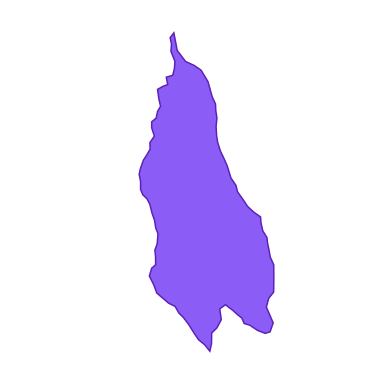 the district of Parisi, São Paulo, Brazil, rotated 346°
{"feature_id": "56859067B23293504570828", "entity_name": "Parisi", "entity_type": "district", "adm_level": 2, "iso_a3": "BRA", "parent_name": "Brazil", "parent_adm1": "São Paulo", "projection": "equal_earth", "projection_center": [-50.037, -20.26], "detail": "fine", "context": "isolated", "style": "filled", "palette": "violet", "viewbox_px": 384, "rotation_deg": 346, "n_neighbors": 0, "source": "geoboundaries", "source_scale": "gbopen_adm2", "svg_char_len": 1364}
<svg xmlns="http://www.w3.org/2000/svg" viewBox="0 0 384 384"><g transform="rotate(346 192 192)"><path d="M212.9,33.2L208.1,37.0L207.9,43.5L205.6,50.4L207.0,61.0L204.9,67.8L201.5,74.1L194.8,74.4L194.4,81.9L189.1,82.5L183.4,84.1L182.4,93.3L182.2,101.3L178.1,105.4L175.1,111.6L169.9,114.1L168.4,119.9L169.0,128.6L163.1,133.9L161.7,140.3L157.0,145.2L152.6,149.3L147.7,156.6L145.0,162.1L144.6,169.7L142.7,177.1L143.6,182.9L146.7,187.7L148.1,193.8L148.1,203.1L148.8,210.5L148.1,218.3L148.9,224.2L145.7,233.8L141.9,239.5L141.0,245.9L139.1,253.8L134.5,256.1L130.3,263.2L132.4,272.8L133.4,281.6L142.4,294.2L147.9,298.9L150.0,306.3L153.2,311.5L156.7,319.7L160.3,330.7L162.7,337.1L167.2,343.0L170.8,350.8L174.3,343.7L177.0,333.6L183.3,329.9L189.5,323.0L190.7,312.1L197.2,309.5L203.1,316.9L206.2,321.6L209.9,326.5L210.8,332.2L215.7,335.1L222.4,342.4L228.9,346.9L233.9,346.6L239.1,338.7L237.7,329.9L236.3,321.7L240.8,313.6L247.0,308.9L250.5,295.7L253.7,282.4L252.2,274.0L252.7,266.7L252.9,260.3L253.7,254.4L251.3,246.8L251.5,238.5L252.5,232.8L247.0,226.4L242.4,219.3L240.1,212.7L236.2,202.7L236.3,196.3L233.2,187.9L232.5,175.2L231.2,167.6L229.5,159.2L228.9,150.3L229.5,143.5L231.2,134.3L234.1,126.2L234.8,118.6L236.1,112.3L234.6,104.3L234.4,95.2L234.2,88.8L230.3,76.0L224.6,69.6L217.4,63.9L211.9,51.1L212.9,33.2Z" fill="#8b5cf6" stroke="#5b21b6" stroke-width="1.5"/></g></svg>